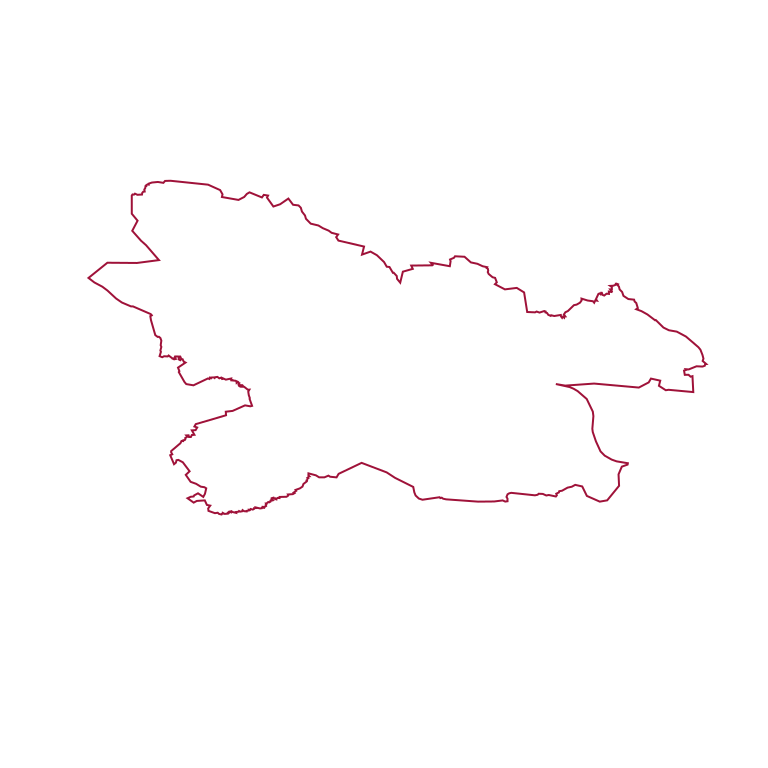 outline of Vaiņodes pag., Vainodes, Latvia, rotated 12°
{"feature_id": "27541924B43996006611053", "entity_name": "Vaiņodes pag.", "entity_type": "district", "adm_level": 2, "iso_a3": "LVA", "parent_name": "Latvia", "parent_adm1": "Vainodes", "projection": "robinson", "projection_center": [21.832, 56.407], "detail": "fine", "context": "isolated", "style": "outline", "palette": "rose", "viewbox_px": 768, "rotation_deg": 12, "n_neighbors": 0, "source": "geoboundaries", "source_scale": "gbopen_adm2", "svg_char_len": 6158}
<svg xmlns="http://www.w3.org/2000/svg" viewBox="0 0 768 768"><g transform="rotate(12 384 384)"><path d="M238.7,544.6L245.5,545.5L248.1,544.5L249.7,545.4L252.2,545.4L252.4,544.6L253.6,544.3L253.4,543.7L255.2,544.2L258.5,543.2L259.1,542.3L258.3,542.0L259.1,541.0L260.4,541.2L260.1,540.7L261.3,540.1L262.0,540.7L266.2,540.8L265.8,540.0L268.2,539.2L268.6,538.4L269.7,538.8L271.7,538.0L271.9,536.8L273.5,537.5L276.1,537.2L276.0,536.7L278.3,535.7L278.0,535.1L279.2,535.0L279.5,534.0L281.8,534.1L282.8,533.2L282.7,532.5L284.8,531.9L284.4,531.4L288.6,531.5L290.3,530.9L290.3,530.3L292.0,530.1L291.4,529.3L292.8,529.1L294.0,527.9L293.4,527.1L294.0,526.4L293.3,525.4L294.0,525.2L295.3,523.5L296.9,523.8L296.4,523.4L297.3,522.8L297.2,522.0L299.0,521.1L298.0,520.8L298.6,520.2L297.9,520.0L297.8,519.1L299.3,518.3L299.5,518.9L302.3,519.2L302.0,518.6L302.8,518.8L303.5,517.6L305.5,517.3L305.3,516.2L312.0,514.6L313.2,513.5L313.6,512.5L313.1,512.0L317.7,510.7L319.1,509.4L318.2,509.0L320.3,506.8L319.5,506.0L323.4,503.6L325.6,501.3L326.0,498.5L328.4,495.7L328.3,494.8L328.8,494.8L328.8,492.5L329.4,491.9L328.8,491.6L329.4,491.1L329.3,489.9L330.1,489.7L329.0,488.9L328.7,487.1L336.4,487.5L340.0,488.8L345.1,487.7L348.7,485.2L350.6,485.9L357.0,485.2L358.3,481.3L378.5,465.8L405.0,469.9L414.3,473.5L434.0,478.6L436.2,483.7L438.1,486.5L441.9,488.8L445.7,489.2L461.9,483.2L462.8,483.9L464.1,483.2L465.7,483.9L468.8,483.9L500.5,479.5L516.2,476.0L524.3,473.2L527.0,473.8L529.2,473.0L528.6,470.4L527.3,469.0L527.8,466.2L529.2,464.9L531.1,464.0L554.8,461.5L557.3,460.4L558.1,459.2L562.2,458.5L565.9,459.3L568.3,458.3L575.5,458.3L576.2,456.9L575.3,455.5L577.6,453.7L577.7,452.4L580.3,451.4L585.1,447.2L589.1,445.4L592.0,442.9L599.2,443.0L605.7,451.3L619.5,454.2L626.5,451.4L635.1,434.7L632.2,423.6L633.8,415.4L639.0,412.2L639.0,410.8L627.6,411.3L622.4,410.6L614.8,408.2L609.8,404.9L603.2,396.0L598.2,387.6L597.1,384.5L595.5,371.9L594.0,367.6L585.4,356.5L574.9,350.7L570.4,349.2L566.2,348.4L552.1,348.3L561.6,347.9L589.4,339.9L634.0,334.5L642.6,327.4L644.0,323.2L653.5,323.3L653.3,328.6L660.9,331.5L663.6,330.5L688.2,327.6L684.1,312.2L682.4,313.1L680.0,311.7L676.3,312.5L674.7,308.5L676.6,307.4L676.0,306.8L679.0,306.4L686.0,301.7L692.0,300.7L694.0,299.4L694.0,297.9L695.1,297.5L690.9,295.2L691.2,292.8L689.5,289.4L686.4,284.7L683.8,282.6L669.5,274.8L659.5,271.9L651.5,272.2L645.6,270.7L636.5,264.9L635.9,265.3L627.2,261.2L620.7,259.2L615.2,258.4L616.5,257.0L613.9,252.3L612.0,251.2L611.1,249.5L605.3,250.1L599.9,248.0L597.8,244.5L594.8,242.5L593.5,239.8L591.8,238.7L592.2,237.8L590.5,237.5L589.9,237.7L590.1,238.7L587.8,240.2L584.9,241.0L586.7,241.8L587.2,244.0L585.6,244.4L587.7,246.1L587.5,246.7L584.7,246.8L585.3,249.1L582.9,249.4L581.0,251.7L579.3,251.4L578.1,249.5L577.4,249.6L577.2,251.2L576.0,250.6L575.0,251.3L573.7,256.9L575.0,258.2L573.3,258.3L572.7,260.8L571.2,259.6L565.8,260.0L559.4,259.4L559.9,261.2L558.8,263.7L555.9,266.3L553.4,267.4L548.7,274.4L546.5,276.1L545.5,278.6L547.3,280.2L546.3,280.5L546.4,281.6L545.1,280.9L544.5,282.3L543.1,281.1L542.6,279.7L536.4,282.1L533.2,282.0L532.9,282.7L530.3,282.2L528.8,280.7L527.0,280.4L527.0,279.5L525.6,279.3L521.3,281.8L518.2,281.4L516.9,282.5L509.1,283.8L502.0,265.3L493.9,262.4L482.6,266.3L471.8,263.3L473.2,261.1L470.6,257.1L468.0,257.0L463.5,254.6L462.2,252.9L462.4,251.6L461.6,249.7L460.3,249.2L460.6,248.3L456.0,248.3L450.4,247.0L443.7,247.0L436.3,242.8L426.9,244.3L426.2,246.0L422.7,248.5L423.6,250.0L423.9,255.1L404.7,255.7L406.9,257.4L406.5,257.9L386.0,262.5L388.2,265.4L379.1,270.2L378.8,281.5L374.9,278.4L374.0,275.7L370.3,273.1L369.6,273.4L365.0,268.4L362.3,268.7L358.7,264.7L350.3,259.5L343.3,257.3L335.6,262.0L335.9,253.7L309.6,253.2L306.7,250.3L308.0,247.3L301.3,247.0L298.0,245.5L291.8,244.3L286.9,242.6L279.0,242.4L273.3,238.6L271.7,235.6L267.9,232.4L266.0,228.9L263.3,227.1L257.8,227.6L251.9,222.5L245.0,229.8L238.9,233.4L230.8,226.0L231.4,223.8L227.1,224.0L225.8,226.9L212.6,224.5L210.3,226.6L208.4,230.1L203.4,234.2L186.6,234.8L186.6,232.0L183.4,228.4L170.5,225.6L132.9,229.6L127.6,230.9L126.4,233.1L120.8,233.4L115.1,235.2L112.1,237.0L112.4,237.9L111.0,238.1L110.1,239.0L110.3,239.8L109.6,240.0L109.7,242.3L109.1,243.5L109.9,245.5L108.5,246.0L107.8,247.3L107.9,249.0L103.4,250.2L100.8,249.6L100.0,250.8L98.6,250.9L98.1,252.1L101.9,269.9L109.0,275.5L105.9,286.5L116.6,294.4L122.4,297.7L138.1,309.6L117.1,317.0L88.2,322.9L72.9,341.7L79.6,344.9L88.3,347.4L94.1,350.1L104.2,356.1L110.7,358.8L120.4,360.7L122.4,360.3L141.2,364.1L142.3,364.8L142.6,365.1L141.3,366.2L142.8,370.0L150.1,383.7L152.8,385.0L154.0,384.6L155.7,385.5L157.2,387.9L157.5,392.5L158.5,394.0L158.3,397.7L159.1,398.9L158.7,403.4L161.5,403.9L163.1,402.6L166.7,402.0L167.4,400.9L171.8,403.0L173.2,402.8L172.7,403.3L173.6,403.5L175.1,402.8L173.7,401.5L173.9,400.5L179.0,399.5L179.7,400.5L177.7,400.9L178.1,402.6L179.8,403.1L180.5,401.9L181.8,401.6L183.5,403.8L185.4,404.3L179.1,410.8L181.2,414.0L180.8,415.0L188.4,423.5L190.6,425.2L197.9,424.9L210.6,415.2L212.2,415.4L212.3,414.0L213.6,414.2L213.6,413.6L216.4,412.9L217.1,413.3L217.4,412.5L219.6,411.7L221.7,412.7L223.3,411.7L224.6,412.8L225.1,412.6L224.7,411.8L228.4,412.6L233.4,410.4L233.4,411.5L234.6,411.6L234.4,412.1L238.0,411.7L239.9,412.1L239.3,412.6L239.6,413.5L240.1,412.9L242.3,413.3L241.8,414.9L242.8,416.1L243.6,416.0L243.4,414.3L243.9,415.0L245.7,414.6L246.4,415.2L245.6,416.2L247.8,415.8L252.0,417.9L253.5,417.5L252.8,419.7L254.1,423.1L255.7,425.7L255.6,426.5L259.5,432.8L257.9,433.6L252.5,433.8L241.5,441.8L235.0,444.0L236.0,447.4L208.2,462.4L207.4,465.0L210.3,465.4L209.3,468.3L205.7,469.3L209.1,473.1L206.6,473.9L206.1,476.0L204.3,476.4L203.5,474.8L201.4,475.4L202.7,476.3L200.8,478.2L201.2,479.0L200.8,480.2L199.3,480.8L199.4,481.6L197.8,481.8L197.2,484.2L189.8,493.8L189.9,494.9L191.5,496.8L189.7,498.1L195.3,506.1L196.8,504.2L196.9,501.7L198.6,501.0L203.5,502.4L212.0,509.8L209.0,514.1L215.2,519.9L221.0,520.7L226.1,522.5L229.8,522.3L231.8,523.0L231.7,528.6L230.7,532.0L224.8,529.6L221.5,532.4L221.2,533.6L218.4,534.5L215.6,536.6L222.5,539.6L225.2,537.3L232.9,535.1L235.9,539.1L239.3,539.1L237.9,542.3L238.7,544.6Z" fill="none" stroke="#9f1239" stroke-width="2"/></g></svg>